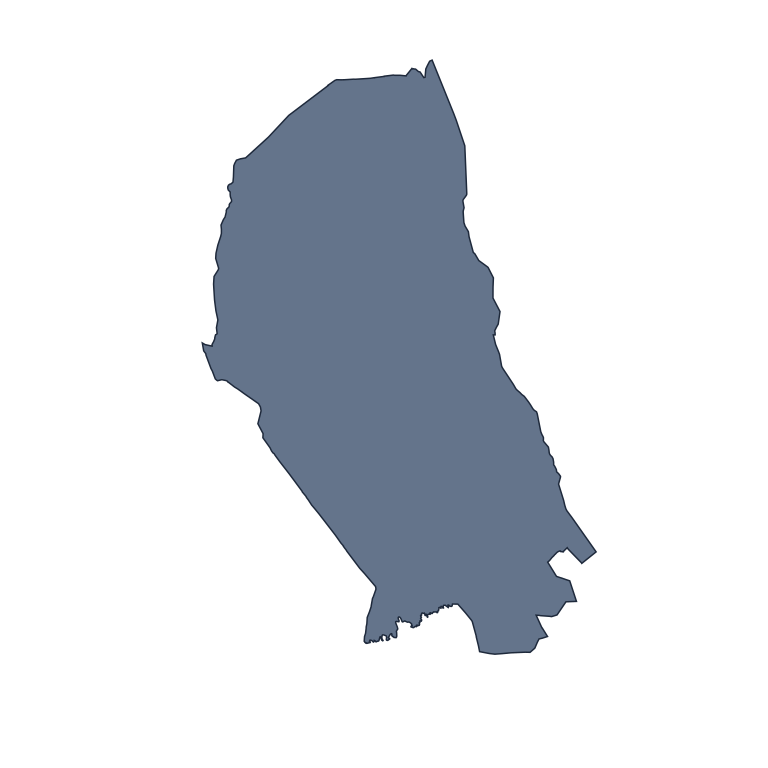 the district of Nautrēnu pag., Rezeknes, Latvia, rotated 70°
{"feature_id": "27541924B31179007795423", "entity_name": "Nautrēnu pag.", "entity_type": "district", "adm_level": 2, "iso_a3": "LVA", "parent_name": "Latvia", "parent_adm1": "Rezeknes", "projection": "natural_earth1", "projection_center": [27.418, 56.733], "detail": "fine", "context": "isolated", "style": "filled", "palette": "slate", "viewbox_px": 768, "rotation_deg": 70, "n_neighbors": 0, "source": "geoboundaries", "source_scale": "gbopen_adm2", "svg_char_len": 6068}
<svg xmlns="http://www.w3.org/2000/svg" viewBox="0 0 768 768"><g transform="rotate(70 384 384)"><path d="M96.1,228.0L96.3,230.7L99.5,234.2L102.3,237.0L109.8,240.5L109.7,241.8L103.1,243.4L102.2,244.8L98.9,246.6L98.2,248.1L97.9,248.4L97.7,249.5L97.0,249.8L101.8,257.8L102.0,257.9L99.4,263.3L97.6,268.3L96.9,269.6L94.8,278.6L95.1,278.8L94.9,279.2L93.0,287.6L93.1,288.0L92.9,288.1L92.1,292.1L91.2,295.2L87.8,306.8L87.2,308.2L84.5,317.3L83.5,320.3L81.9,324.3L81.9,326.3L83.9,333.7L84.1,334.4L84.4,334.3L99.0,381.6L112.5,408.2L124.2,436.7L123.3,441.9L123.2,446.1L125.7,448.9L127.6,450.5L138.0,454.7L142.3,456.7L142.7,457.0L143.6,459.2L143.5,460.5L143.6,461.0L144.0,462.2L145.3,463.4L146.5,463.8L148.4,464.0L151.0,462.9L153.5,463.8L155.6,464.3L158.9,464.3L160.4,464.9L161.7,467.2L162.4,468.0L163.9,468.6L164.6,469.2L165.8,471.8L167.0,472.9L168.5,473.4L172.8,476.3L174.5,478.6L178.9,482.8L183.1,483.9L186.9,485.3L189.5,487.0L196.6,492.6L203.6,497.1L208.4,499.2L218.7,499.8L219.9,500.6L224.8,506.9L231.9,510.0L247.1,514.5L257.7,516.9L267.0,518.2L273.8,522.2L279.7,523.6L280.1,524.8L280.1,525.3L280.3,525.6L282.5,527.1L283.8,527.7L286.1,529.8L287.5,531.5L288.5,532.3L289.6,532.4L289.7,532.5L285.8,538.6L283.3,540.7L285.0,541.0L291.2,542.1L294.5,541.1L296.1,541.4L310.4,541.3L313.0,540.9L321.5,540.8L323.2,539.9L324.0,539.3L324.5,534.9L326.8,531.2L327.7,530.3L329.0,529.9L329.0,529.7L335.7,525.5L338.7,523.1L345.5,518.5L359.6,508.6L363.3,508.0L367.2,508.7L378.2,516.1L389.3,514.6L393.1,516.2L405.0,512.9L408.3,512.6L410.8,511.9L411.8,511.1L413.8,510.7L421.4,508.5L436.0,503.8L456.6,497.7L457.5,497.7L463.3,495.6L464.0,495.7L466.9,494.8L473.0,493.4L477.6,491.7L483.9,489.5L509.4,481.4L519.0,478.8L522.3,477.5L522.5,477.7L524.7,477.1L526.8,476.4L528.4,476.1L549.0,469.8L555.3,467.2L571.5,461.2L573.6,461.6L574.3,461.9L580.5,467.0L581.5,468.1L587.9,471.8L588.8,472.2L593.1,475.6L597.6,479.6L603.4,482.1L606.3,483.9L607.2,484.2L612.0,486.6L614.7,488.7L619.0,490.6L619.6,490.3L620.3,490.3L621.0,489.5L621.5,489.6L621.6,489.4L621.3,489.1L621.9,488.5L622.2,485.4L621.8,485.4L621.5,485.2L620.9,485.7L619.9,484.9L620.1,484.2L621.0,483.1L622.5,482.5L622.9,482.2L622.8,481.7L622.6,481.4L621.6,480.9L622.1,480.3L623.6,479.7L623.5,477.7L623.7,477.2L623.5,476.6L620.4,474.4L620.2,474.0L620.5,473.6L623.8,473.8L624.9,473.0L624.7,472.6L622.9,473.0L621.6,472.8L619.7,471.8L619.3,471.3L619.3,471.1L619.7,470.1L621.4,468.1L622.6,468.1L625.1,469.3L625.5,469.2L625.9,468.9L626.2,468.1L625.6,466.0L625.5,465.8L625.0,465.8L624.6,466.1L624.3,466.5L623.7,466.6L621.4,463.7L621.1,463.0L621.2,462.3L621.7,462.1L623.1,462.7L624.2,462.3L624.4,461.8L625.6,461.3L626.5,459.4L626.0,458.7L625.2,458.2L622.1,457.2L620.7,457.0L619.7,456.0L619.4,455.3L618.7,454.8L616.9,454.6L612.5,454.7L611.5,454.4L611.3,454.1L611.3,453.6L612.5,451.4L612.3,451.1L611.6,450.8L609.8,450.9L608.7,450.7L608.1,450.3L608.0,450.0L608.1,449.4L608.3,449.1L609.2,448.6L611.1,448.3L613.2,448.3L613.8,448.1L614.0,447.7L613.8,446.1L613.8,445.5L615.8,443.5L616.2,442.0L617.2,441.0L618.9,440.1L619.2,440.1L619.9,440.6L620.6,440.2L621.2,440.6L621.0,441.2L621.1,441.6L621.5,441.7L622.9,440.0L623.0,439.6L623.0,439.1L622.5,438.4L622.5,437.7L623.1,436.6L622.9,436.3L621.9,436.1L621.8,435.5L621.9,435.3L622.8,434.9L622.6,434.2L622.8,433.5L622.7,433.3L621.7,432.6L620.6,432.7L620.4,432.5L620.3,431.8L619.0,431.4L618.9,431.0L619.6,430.1L619.2,429.6L618.6,429.3L616.8,429.8L616.6,429.6L616.5,429.2L616.0,428.6L615.7,428.6L615.1,429.0L614.1,428.8L613.9,428.4L614.1,427.9L613.9,427.6L613.0,427.5L612.2,426.6L612.2,426.4L613.1,425.3L613.2,424.8L613.1,424.6L614.3,424.4L615.3,424.6L615.6,424.5L615.7,424.3L615.4,424.0L615.0,423.9L614.6,423.6L614.8,423.1L615.0,422.9L616.3,423.1L617.4,423.1L617.9,423.0L618.1,422.8L618.0,422.6L617.1,422.3L616.4,422.4L615.9,422.0L615.7,421.7L615.6,421.0L615.7,420.2L616.2,419.6L616.1,419.3L615.8,419.3L615.3,419.6L615.0,419.5L614.8,418.9L614.9,418.3L615.7,418.1L616.1,417.4L616.1,417.0L615.4,416.4L615.4,415.8L615.1,415.1L615.6,414.4L616.0,412.8L617.0,412.4L617.1,411.9L616.8,411.6L615.9,411.3L615.7,410.3L614.8,409.9L614.3,409.4L612.9,408.9L613.0,407.7L613.9,407.5L614.1,407.2L613.1,406.9L612.5,406.4L612.7,406.0L613.6,405.5L614.6,405.3L614.8,405.1L614.8,404.7L613.2,404.4L612.4,403.9L612.4,403.5L612.8,402.2L616.0,400.1L615.7,399.8L614.9,399.7L614.3,399.9L613.6,399.5L613.6,399.2L614.0,398.7L615.5,398.0L616.1,396.5L615.9,396.0L615.5,395.7L614.2,394.9L616.1,389.9L627.2,385.6L635.6,382.7L637.3,382.3L653.0,383.6L653.1,383.8L662.4,384.8L668.2,385.7L673.4,377.0L675.8,372.2L677.8,365.1L680.0,356.7L684.3,343.1L686.1,338.5L683.8,332.6L679.0,328.1L676.6,325.5L677.0,322.1L677.2,316.7L667.2,318.8L667.1,319.0L653.3,320.1L654.4,317.5L655.2,316.2L658.9,307.9L659.9,306.1L660.2,300.4L650.9,287.5L654.1,277.5L632.5,276.8L623.8,287.7L607.4,291.1L606.5,288.8L604.5,285.5L603.5,283.2L602.7,281.9L602.5,281.2L601.7,279.7L601.3,278.7L601.1,277.8L601.0,275.6L602.0,275.2L602.5,273.8L603.1,273.2L603.0,272.7L602.5,272.3L600.5,267.8L602.0,267.5L619.6,259.6L620.2,259.5L614.3,242.1L574.4,252.9L565.7,255.5L563.4,255.8L559.7,255.6L554.8,255.0L537.9,254.2L537.6,254.1L532.0,250.1L531.1,249.7L527.9,250.6L525.6,251.8L523.3,251.3L519.8,251.7L518.0,252.2L515.4,251.3L512.0,250.7L509.9,251.0L508.1,251.9L506.6,252.3L505.9,252.3L504.9,252.2L502.5,251.6L499.5,251.1L493.0,253.5L492.3,253.6L491.5,253.6L490.3,253.0L488.8,252.5L487.4,252.6L485.5,252.9L482.5,253.0L464.5,250.2L462.3,250.2L460.1,251.8L458.1,252.6L453.6,253.5L450.4,254.3L443.6,256.4L441.0,258.1L438.7,259.1L435.5,260.9L433.7,261.7L428.5,262.6L409.8,267.1L407.6,267.4L395.7,265.3L393.1,265.3L385.0,265.6L375.2,264.5L375.6,263.3L375.9,262.9L375.7,262.7L373.8,262.1L371.9,261.8L369.1,258.9L366.8,256.2L355.6,250.2L340.5,252.2L330.2,248.4L321.7,244.9L310.2,246.3L309.5,246.6L300.4,252.7L292.7,254.1L290.9,255.1L274.7,253.7L269.7,252.6L263.3,253.8L259.6,253.7L249.2,250.7L248.1,250.1L245.8,248.5L239.6,247.4L238.4,247.0L237.6,246.2L235.5,243.0L234.6,241.8L234.1,241.4L233.1,241.0L187.8,226.6L160.7,225.9L153.7,226.0L96.1,228.0Z" fill="#64748b" stroke="#1e293b" stroke-width="1.5"/></g></svg>